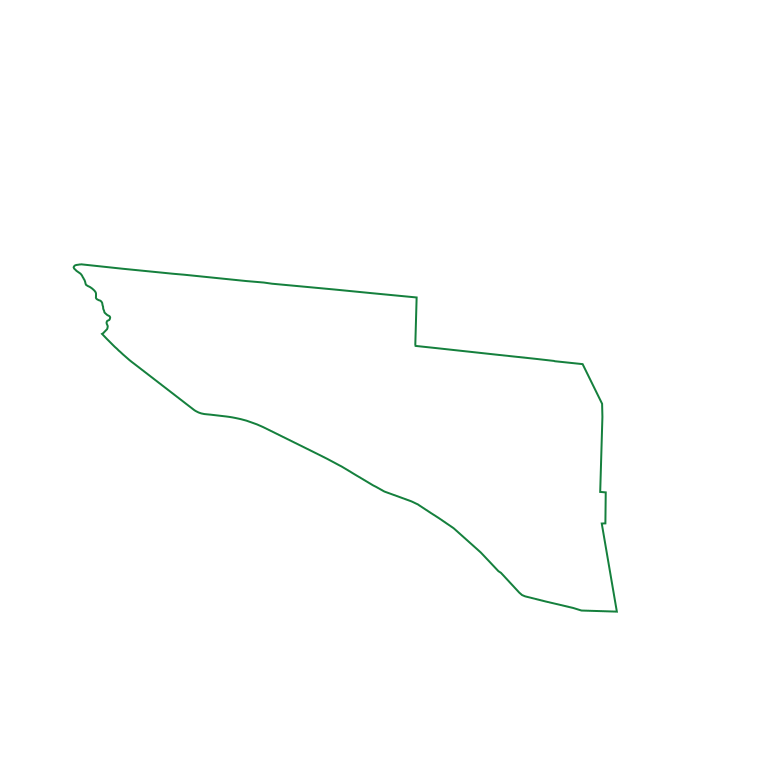 Esteban Echeverría, Buenos Aires, Argentina, rotated 305°
{"feature_id": "61730980B71301112531283", "entity_name": "Esteban Echeverría", "entity_type": "district", "adm_level": 2, "iso_a3": "ARG", "parent_name": "Argentina", "parent_adm1": "Buenos Aires", "projection": "equal_earth", "projection_center": [-58.504, -34.825], "detail": "fine", "context": "isolated", "style": "outline", "palette": "green", "viewbox_px": 768, "rotation_deg": 305, "n_neighbors": 0, "source": "geoboundaries", "source_scale": "gbopen_adm2", "svg_char_len": 2858}
<svg xmlns="http://www.w3.org/2000/svg" viewBox="0 0 768 768"><g transform="rotate(305 384 384)"><path d="M263.3,124.3L262.0,130.9L261.5,133.7L261.0,136.5L260.5,139.3L260.0,142.2L259.7,144.9L259.2,147.7L259.1,149.1L258.9,150.5L258.5,153.3L258.2,156.1L257.9,158.9L257.6,161.7L257.4,164.6L257.3,167.4L253.8,243.1L253.8,244.2L253.9,245.6L254.3,248.4L255.1,251.2L256.3,254.0L257.8,256.7L259.4,259.5L266.9,273.4L268.3,276.1L269.7,279.0L270.9,281.7L272.1,284.5L273.2,287.2L274.4,290.5L275.1,292.4L275.7,294.6L276.3,296.7L278.1,303.3L278.5,305.4L278.9,307.3L279.4,309.9L288.1,366.8L290.1,380.3L291.8,394.4L292.1,396.5L293.2,412.6L294.7,433.1L295.2,436.6L296.0,444.8L296.1,445.8L296.4,447.0L303.6,473.8L304.0,476.1L304.3,478.0L304.5,479.2L304.8,480.7L304.8,482.3L305.2,496.2L305.6,505.8L305.8,523.7L301.5,559.9L296.3,585.1L296.4,588.1L290.7,614.4L290.3,618.1L291.0,621.4L298.5,641.0L309.1,667.6L311.7,675.7L331.1,705.3L394.6,642.4L396.8,645.3L422.4,627.8L419.6,623.0L482.3,581.8L492.9,574.0L514.2,535.3L500.6,510.8L500.4,510.0L491.7,494.0L473.7,461.4L451.0,420.1L443.2,405.9L433.3,388.0L434.3,387.0L473.6,361.1L451.4,321.9L433.2,289.6L413.6,255.2L401.9,234.7L398.2,227.4L389.2,211.9L359.0,157.8L353.1,147.6L347.1,136.9L328.5,103.8L308.9,68.3L308.4,67.4L308.0,67.0L307.3,66.1L306.6,65.4L306.2,65.0L305.6,64.3L305.0,63.7L304.5,63.3L303.9,62.9L303.4,62.7L302.7,62.7L302.1,62.7L301.5,62.9L301.2,63.4L300.9,63.9L300.7,64.6L300.6,65.8L300.3,67.1L300.3,68.0L300.3,68.9L300.3,69.7L300.3,70.6L300.3,71.3L300.3,72.0L300.1,72.9L299.9,73.6L299.6,74.4L299.3,75.0L299.0,75.5L298.7,76.1L298.3,77.1L297.9,77.7L297.6,78.6L297.3,79.1L296.9,79.7L296.5,80.3L296.1,80.8L295.6,81.3L295.2,81.8L294.7,82.4L294.4,82.9L294.3,83.7L294.4,84.4L294.4,85.3L294.6,86.2L294.7,87.0L294.8,87.7L294.8,88.3L294.8,89.0L294.8,90.0L294.7,91.0L294.6,91.8L294.5,92.5L294.4,93.1L294.1,94.2L293.8,95.0L293.5,95.5L293.0,96.1L292.5,96.5L292.1,96.8L291.6,97.1L291.2,97.4L290.8,97.7L290.3,98.0L289.6,98.4L289.2,98.8L288.9,99.6L288.8,100.3L288.9,101.1L289.0,101.8L289.1,102.5L289.4,103.2L289.5,103.8L289.5,104.7L289.3,105.4L289.0,106.2L288.7,106.7L288.3,107.1L287.8,107.6L287.3,108.1L286.9,108.5L286.6,109.0L286.2,109.5L285.8,109.9L285.3,110.2L284.9,110.6L284.4,111.1L284.0,111.7L283.7,112.3L283.4,112.7L282.9,113.3L282.5,113.7L282.2,114.3L282.1,114.9L282.0,115.7L281.9,116.5L281.8,117.4L281.8,118.0L281.9,118.6L282.0,119.4L282.1,120.2L281.9,120.8L281.6,121.3L281.2,121.7L280.5,121.9L280.0,122.1L279.4,122.2L278.9,122.2L278.3,121.9L277.8,121.6L277.3,121.3L276.8,121.1L276.2,121.2L275.7,121.3L275.2,121.5L274.7,121.9L274.2,122.5L273.8,123.2L273.5,123.7L273.1,124.3L272.5,124.8L272.0,125.0L271.4,125.3L270.9,125.5L270.5,125.6L270.0,125.7L269.4,125.6L268.9,125.5L268.2,125.4L267.6,125.3L266.9,125.2L265.9,125.0L265.2,125.0L264.6,124.8L264.0,124.6L263.3,124.3Z" fill="none" stroke="#15803d" stroke-width="2"/></g></svg>